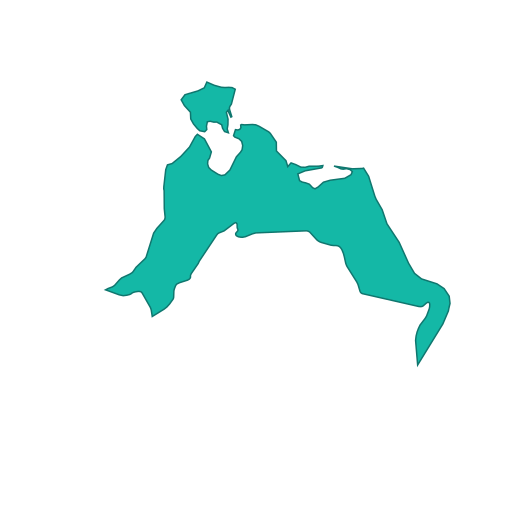 SVG path tracing the border of Médenine, rotated 330°
{"feature_id": "TUN-96", "entity_name": "Médenine", "entity_type": "Governorate", "adm_level": 1, "iso_a3": "TUN", "parent_name": "Tunisia", "parent_adm1": "", "projection": "equal_earth", "projection_center": [10.815, 33.079], "detail": "fine", "context": "isolated", "style": "filled", "palette": "teal", "viewbox_px": 512, "rotation_deg": 330, "n_neighbors": 0, "source": "natural_earth", "source_scale": "10m", "svg_char_len": 3435}
<svg xmlns="http://www.w3.org/2000/svg" viewBox="0 0 512 512"><g transform="rotate(330 256 256)"><path d="M397.0,397.6L395.1,399.8L383.8,408.3L341.5,431.2L352.0,408.9L354.7,405.3L357.5,402.4L360.4,400.0L363.6,397.8L371.3,394.6L373.8,393.2L379.6,388.4L381.0,386.8L382.1,385.1L382.5,384.2L382.7,383.4L382.4,382.5L381.7,382.0L380.3,381.9L375.7,382.8L374.5,382.7L373.3,382.2L371.8,381.2L329.2,341.7L328.7,340.8L328.4,340.0L328.4,339.1L328.5,338.3L330.1,331.6L330.3,328.9L329.6,310.5L329.8,308.6L330.1,307.1L332.1,300.8L333.0,297.4L333.5,293.7L333.5,292.2L333.4,291.5L333.1,290.0L332.7,289.2L332.3,288.5L331.4,287.6L330.3,286.8L328.4,285.7L326.3,284.1L319.5,277.1L318.2,275.5L317.3,273.8L316.8,272.6L314.6,262.6L314.5,262.1L314.1,261.4L313.7,260.8L313.0,260.0L312.1,259.3L267.4,235.9L263.9,235.0L256.5,234.0L253.6,233.0L252.1,232.0L250.5,230.7L249.9,229.9L249.4,229.1L249.1,228.4L249.1,227.6L249.3,226.9L249.8,226.2L253.0,225.0L253.4,224.3L253.7,223.6L253.7,222.8L253.9,222.0L255.1,219.8L255.5,219.1L255.6,218.3L255.5,217.6L255.0,216.9L253.5,216.7L241.0,218.3L235.3,217.5L233.9,217.6L232.6,218.1L204.3,232.1L202.2,233.6L191.1,238.9L189.6,240.0L188.6,241.7L187.8,242.3L186.7,242.7L184.7,242.7L176.5,240.9L173.5,240.7L172.5,241.0L171.4,241.6L169.4,243.2L168.3,244.2L167.4,245.2L164.1,250.5L163.5,251.2L162.8,251.8L157.3,254.3L153.3,255.6L149.8,256.1L135.9,256.5L138.2,250.6L138.6,249.0L138.8,247.4L138.9,231.2L138.8,230.5L138.6,229.7L137.8,228.8L136.4,227.8L133.3,226.6L131.6,226.2L130.3,226.1L128.9,226.3L127.4,226.2L124.6,225.4L121.2,224.0L118.1,221.2L108.8,210.1L111.7,210.2L116.0,210.9L117.5,210.9L119.0,210.7L125.8,208.4L128.7,207.8L137.6,208.6L140.3,208.5L141.7,208.1L146.5,205.8L158.4,202.9L160.2,202.1L178.8,185.0L184.0,182.5L194.7,179.0L195.6,178.3L196.7,177.0L200.2,169.2L209.1,153.5L209.7,151.7L210.9,149.8L221.0,136.1L224.4,133.2L224.9,132.8L229.6,134.0L240.7,132.2L252.9,128.4L263.1,122.2L266.1,121.3L269.9,128.8L269.4,143.5L264.7,148.0L262.1,149.2L260.1,152.1L259.3,155.7L260.2,159.1L264.0,166.3L266.2,169.0L269.6,170.2L276.4,168.5L288.6,160.3L294.4,158.4L297.1,157.0L299.7,153.7L300.9,149.6L299.9,146.0L297.1,142.4L296.7,140.6L301.4,136.3L303.3,137.8L305.4,138.2L307.1,137.3L308.2,134.9L309.2,134.9L311.8,136.8L318.6,140.3L321.4,142.3L323.6,145.3L329.1,154.9L329.7,156.9L330.5,167.6L326.2,175.3L329.6,188.4L328.2,194.5L332.9,192.9L336.1,196.7L339.3,201.5L343.0,203.8L346.9,204.8L355.1,209.5L359.1,211.1L358.1,212.1L357.6,212.4L356.9,212.5L341.1,206.8L333.3,205.8L331.4,212.5L333.0,215.1L335.6,217.5L338.1,220.5L339.2,225.2L340.7,227.3L344.3,227.3L351.3,225.8L358.2,227.5L371.8,233.1L379.0,233.1L381.6,231.1L380.7,228.2L378.0,225.6L375.1,224.5L373.2,223.1L371.0,220.0L368.5,217.1L383.1,228.7L392.0,233.4L393.1,233.7L393.4,243.3L388.8,263.7L388.4,267.0L388.4,279.0L385.5,293.6L386.8,315.8L384.5,338.5L384.6,350.3L387.9,358.6L398.8,370.6L402.6,378.3L403.2,387.4L400.3,394.1L397.0,397.6ZM310.3,92.5L313.4,94.6L316.7,96.3L319.5,98.2L321.4,101.2L310.7,112.1L308.0,113.5L307.0,114.5L306.3,116.2L304.7,123.2L303.7,123.2L304.2,117.6L304.7,115.8L302.2,116.7L300.2,123.5L297.3,128.3L294.6,131.6L293.7,135.5L291.0,132.5L290.9,128.7L291.9,125.2L289.0,120.4L286.3,118.9L283.7,116.4L281.0,115.4L278.0,118.8L276.6,121.9L273.7,122.7L269.9,119.4L268.9,116.2L267.9,110.3L268.0,104.7L271.1,98.7L269.2,89.9L269.3,83.3L275.2,80.8L288.3,84.0L295.3,84.5L300.4,80.8L305.2,87.3L310.3,92.5Z" fill="#14b8a6" stroke="#0f766e" stroke-width="1.5"/></g></svg>